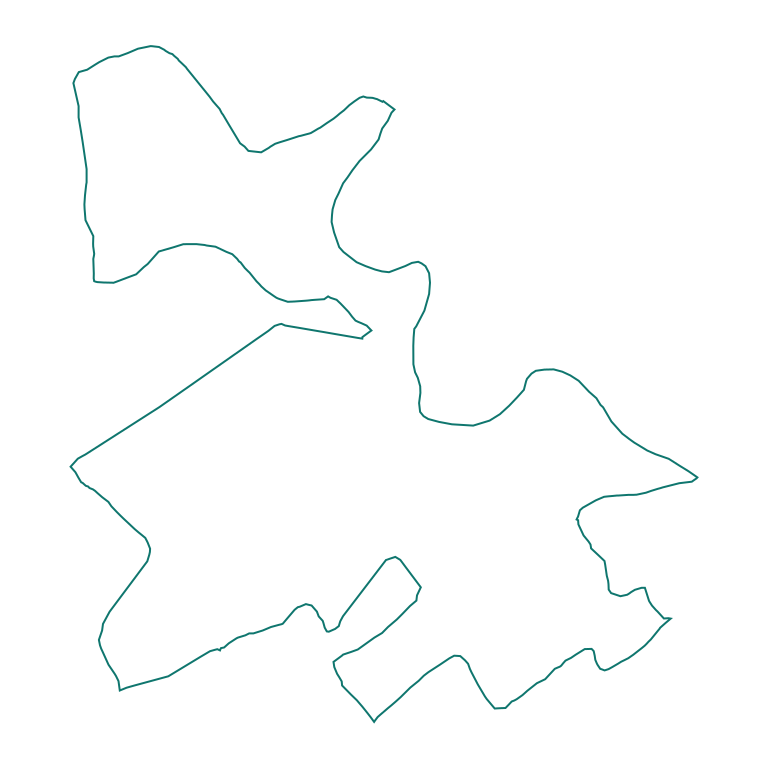 the district of Al-Mahmudiyya, Al Buhayrah, Egypt
{"feature_id": "37247803B49167572517761", "entity_name": "Al-Mahmudiyya", "entity_type": "district", "adm_level": 2, "iso_a3": "EGY", "parent_name": "Egypt", "parent_adm1": "Al Buhayrah", "projection": "mercator", "projection_center": [30.503, 31.197], "detail": "fine", "context": "isolated", "style": "outline", "palette": "teal", "viewbox_px": 768, "rotation_deg": 0, "n_neighbors": 0, "source": "geoboundaries", "source_scale": "gbopen_adm2", "svg_char_len": 6036}
<svg xmlns="http://www.w3.org/2000/svg" viewBox="0 0 768 768"><path d="M119.8,690.5L126.6,687.7L134.4,685.5L168.3,676.3L200.7,656.7L210.0,651.2L214.6,649.9L217.3,649.2L220.0,650.4L220.5,649.0L221.0,648.1L224.1,647.5L228.8,643.3L232.5,640.9L236.5,638.3L237.9,637.6L245.4,635.3L249.2,633.4L253.4,633.4L260.1,631.3L262.7,630.5L271.0,627.0L279.1,624.8L281.6,624.2L282.8,623.7L287.0,618.7L294.6,609.8L297.8,607.2L299.8,606.7L305.9,604.1L308.6,604.8L311.6,605.5L316.9,611.6L318.7,616.4L322.7,620.8L323.4,622.9L324.7,627.6L326.8,631.4L328.8,631.7L334.0,629.4L335.0,629.0L338.8,626.1L339.9,622.4L340.3,621.2L343.0,616.2L349.8,607.3L386.0,560.0L395.3,556.9L400.3,559.9L406.1,567.7L420.8,587.3L417.0,595.4L416.4,600.6L410.0,606.0L402.5,613.8L396.8,619.5L388.0,627.0L382.1,633.0L374.4,637.6L365.9,643.7L357.8,649.5L350.9,652.0L343.1,654.6L341.9,655.7L333.5,661.9L334.3,667.1L337.1,673.8L339.3,677.3L341.7,681.4L342.1,685.5L350.9,694.5L356.9,700.3L359.1,702.9L362.3,706.6L367.5,713.1L370.6,717.1L374.1,721.9L375.0,720.6L377.6,717.1L380.2,714.8L388.0,708.1L391.3,705.4L395.7,701.6L400.7,697.1L410.3,687.6L416.1,682.9L418.7,680.8L423.8,675.7L428.5,672.1L439.9,664.7L449.4,658.3L454.2,655.7L457.6,655.9L460.3,656.1L465.0,660.3L468.1,663.8L469.9,668.9L471.4,672.1L477.8,684.4L484.9,696.4L486.7,699.0L494.7,708.5L500.1,708.2L505.5,708.0L509.0,704.4L511.7,701.5L514.3,700.5L516.7,699.2L522.5,695.1L527.3,690.8L536.9,683.2L545.2,679.2L554.8,668.8L557.8,667.5L559.8,666.7L561.2,665.7L563.3,663.1L565.5,660.6L571.0,657.9L575.7,654.7L584.7,649.1L591.6,648.9L593.7,651.1L594.7,655.7L595.3,659.8L596.9,663.6L597.6,664.9L600.2,668.8L602.0,669.4L604.6,670.4L606.8,669.7L608.6,669.1L612.2,667.1L614.6,665.7L618.2,663.6L621.2,661.7L623.9,660.4L625.1,659.8L628.3,658.2L631.3,656.1L633.2,654.8L641.9,648.0L644.7,645.7L646.7,643.7L648.5,641.7L650.8,639.5L654.7,634.7L657.3,631.5L659.6,628.7L660.1,627.8L665.4,623.1L670.7,618.6L668.4,618.2L663.9,618.5L657.5,611.5L656.0,610.1L652.0,605.6L649.5,601.7L649.0,600.8L644.9,587.8L641.6,587.8L634.9,589.8L631.1,592.1L629.5,593.3L627.3,594.7L625.6,595.1L620.4,596.2L611.1,593.1L608.7,589.6L608.5,584.2L608.1,580.8L606.8,575.8L605.2,564.8L604.5,561.0L598.6,555.4L591.1,548.4L590.5,544.5L588.6,541.6L583.6,535.5L578.4,524.4L578.1,520.2L576.6,519.5L577.2,518.2L578.0,516.7L579.9,510.3L582.8,507.7L595.7,500.4L598.2,499.3L604.1,496.8L607.7,496.4L613.3,495.9L617.3,495.5L618.8,495.5L620.4,495.4L628.0,494.9L632.5,494.9L636.6,494.7L646.0,492.7L651.1,490.9L657.9,488.8L660.5,488.1L662.7,487.4L679.3,483.2L691.8,481.7L694.3,479.9L696.5,478.4L697.4,477.4L688.6,471.3L679.7,465.8L668.7,458.8L655.5,454.2L647.2,450.5L634.4,442.7L629.5,439.2L622.3,433.7L611.4,421.5L603.1,407.3L600.5,404.9L596.4,398.2L589.1,391.8L578.7,380.8L570.3,375.4L562.3,371.7L553.7,369.4L544.5,369.6L535.8,370.8L531.5,373.6L527.0,378.8L526.1,381.2L523.9,389.8L517.0,397.5L509.2,405.7L499.9,414.2L489.6,420.6L473.2,425.6L451.9,424.3L439.0,421.9L428.2,419.0L423.6,416.2L420.1,411.9L419.1,403.1L420.4,392.9L420.2,386.3L417.8,377.8L415.1,372.3L413.4,364.3L413.3,345.7L413.6,337.5L414.3,328.9L416.2,326.4L424.4,310.6L429.1,294.0L430.0,282.7L429.1,273.2L425.5,266.2L421.6,263.4L418.2,261.8L411.9,262.9L405.4,266.0L394.6,270.1L389.0,272.2L382.0,271.4L375.2,269.6L365.6,266.1L356.6,262.2L343.5,252.0L339.2,247.2L334.1,232.5L331.6,222.0L332.0,215.2L332.6,209.3L335.3,200.0L338.5,193.6L343.1,183.3L347.6,177.3L352.3,170.4L359.6,160.9L371.0,149.5L378.6,139.5L380.4,133.6L382.2,128.5L387.8,120.8L391.5,112.7L394.5,109.5L383.3,101.1L382.5,101.8L377.0,99.1L375.4,98.7L373.1,98.0L372.0,97.8L366.8,97.6L363.3,96.5L359.6,97.8L354.5,101.3L349.3,105.2L344.1,110.2L339.7,113.6L336.8,116.1L333.5,118.7L326.8,123.1L320.2,127.7L318.3,128.6L314.3,131.0L310.9,133.0L309.4,133.5L305.6,134.5L300.8,135.8L298.8,136.2L294.5,137.6L287.1,140.0L279.3,142.4L275.1,143.8L272.0,145.7L270.3,146.7L268.9,147.8L264.3,150.5L261.2,152.3L260.0,152.2L248.4,150.9L244.6,146.6L240.1,143.3L229.1,125.0L223.0,114.7L221.8,113.2L219.6,108.9L215.9,104.7L213.9,102.4L213.1,101.5L209.6,96.7L187.0,68.8L185.9,67.2L181.6,63.1L178.8,60.5L177.8,58.9L174.1,55.8L172.4,54.1L169.5,53.2L166.8,51.6L165.6,50.9L164.3,49.8L159.0,47.0L152.0,46.2L150.6,46.1L145.4,47.2L138.0,48.7L127.7,53.1L118.7,56.4L114.4,56.4L109.8,57.3L108.3,57.6L99.3,62.1L95.4,64.5L87.2,69.7L78.8,72.1L74.9,79.0L73.4,83.1L78.6,106.1L78.6,117.4L80.7,129.7L82.7,142.3L86.6,169.1L86.6,182.4L86.2,184.6L85.0,195.3L84.4,204.4L84.6,209.0L85.5,220.2L93.3,236.1L93.1,243.8L93.2,246.5L94.2,253.8L93.9,255.9L93.3,258.9L93.8,273.5L93.7,278.4L94.2,281.2L96.0,281.8L97.5,282.1L103.5,282.5L112.3,282.7L113.4,282.8L115.7,282.0L128.4,277.2L136.2,274.3L141.9,268.9L143.8,267.1L147.7,264.0L158.8,251.5L173.4,247.3L183.3,244.2L190.4,244.1L196.2,244.1L204.6,245.0L206.6,245.5L215.5,246.7L226.5,251.9L232.3,254.2L237.2,258.9L239.1,261.5L240.6,262.4L244.8,268.0L247.7,270.9L249.6,272.7L256.5,281.3L259.2,284.0L261.4,286.5L265.7,290.4L273.8,296.0L276.5,297.8L278.3,298.6L280.3,299.3L287.8,301.8L294.5,301.5L305.8,300.7L309.1,300.4L311.3,300.1L315.2,299.8L324.2,299.2L328.1,296.4L330.5,297.8L336.6,299.8L339.0,302.1L340.4,303.4L344.8,308.0L348.6,312.0L352.1,316.7L355.5,320.6L358.0,321.8L361.4,323.2L366.7,325.6L371.4,330.5L368.5,332.6L364.7,335.4L362.4,337.1L362.3,338.6L357.7,337.9L352.5,337.0L347.2,336.1L339.6,334.8L335.5,334.1L324.0,332.1L318.6,331.2L299.3,327.9L289.1,326.2L285.1,325.5L281.5,323.9L279.4,324.3L274.6,325.9L269.6,329.9L268.2,331.0L256.2,339.3L232.8,355.7L194.6,382.5L159.4,407.1L85.4,454.5L82.4,456.1L77.8,458.7L70.6,466.7L75.4,472.2L78.5,477.8L81.2,482.3L82.6,482.9L85.8,485.8L88.1,486.5L89.5,488.0L93.0,489.4L94.1,490.2L95.0,490.8L97.5,493.1L102.2,497.2L104.7,499.1L108.4,501.9L109.9,504.1L111.4,506.3L116.9,512.1L120.3,515.5L123.4,518.5L125.1,520.1L134.8,529.2L138.8,532.6L141.3,534.6L145.3,537.9L147.7,542.6L150.1,548.7L149.9,552.0L149.3,554.7L147.3,561.3L109.6,611.7L103.0,623.9L102.1,630.5L98.9,639.9L100.0,645.3L101.2,648.7L102.6,651.7L108.5,664.7L114.6,673.7L116.0,676.0L118.5,681.1L119.8,690.5Z" fill="none" stroke="#0f766e" stroke-width="2"/></svg>